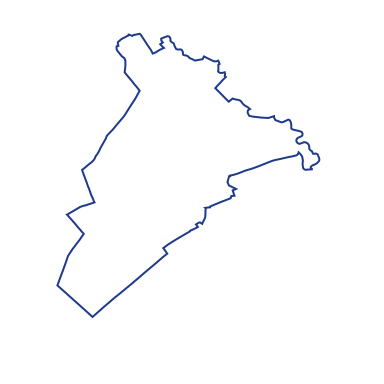 Uliesti, Dâmbovita, Romania (Robinson projection), rotated 14°
{"feature_id": "2599482B47598366841918", "entity_name": "Uliesti", "entity_type": "district", "adm_level": 2, "iso_a3": "ROU", "parent_name": "Romania", "parent_adm1": "Dâmbovita", "projection": "robinson", "projection_center": [25.414, 44.587], "detail": "fine", "context": "isolated", "style": "outline", "palette": "blue", "viewbox_px": 384, "rotation_deg": 14, "n_neighbors": 0, "source": "geoboundaries", "source_scale": "gbopen_adm2", "svg_char_len": 5640}
<svg xmlns="http://www.w3.org/2000/svg" viewBox="0 0 384 384"><g transform="rotate(14 192 192)"><path d="M303.6,140.8L302.8,140.7L302.0,140.4L301.6,140.1L301.2,139.4L301.2,138.8L301.7,138.0L302.6,136.9L304.7,135.4L305.6,134.6L306.4,133.7L306.6,133.3L307.5,131.7L307.8,130.9L307.7,129.8L307.4,128.8L306.8,127.9L306.0,126.8L305.2,125.6L304.6,125.1L303.5,124.7L302.6,124.8L301.4,125.4L300.3,125.6L298.8,123.9L298.7,123.6L297.1,123.0L295.5,121.9L295.1,121.1L294.9,119.9L294.1,118.3L292.6,117.0L290.8,116.4L288.7,116.5L286.8,117.9L284.7,119.3L283.4,119.2L282.2,118.7L281.0,117.5L280.7,116.3L280.8,115.5L281.0,114.8L281.8,113.7L284.8,111.4L285.4,110.3L285.1,108.5L283.7,107.1L280.7,106.9L277.3,107.0L274.2,107.0L272.9,106.2L272.1,102.8L271.0,100.4L269.5,98.7L267.9,98.5L266.4,99.7L263.6,102.0L262.0,102.8L255.4,102.0L253.4,99.7L253.2,98.6L248.2,101.7L241.5,103.0L232.2,104.2L229.1,104.2L227.4,102.4L226.7,101.2L226.5,99.9L226.7,98.9L228.2,97.5L225.8,96.3L224.5,95.9L223.4,95.7L222.7,95.4L221.4,94.9L220.7,94.5L219.6,93.8L218.7,93.1L218.1,92.5L217.2,91.9L216.5,91.6L215.7,91.5L212.9,91.5L212.4,91.7L210.7,91.6L209.4,91.6L208.8,91.5L205.8,95.5L189.5,85.6L191.1,82.5L193.3,78.6L194.9,75.6L197.0,72.2L195.7,71.6L195.6,69.7L194.8,67.9L192.2,69.3L190.5,69.6L189.0,69.2L188.2,68.8L187.9,66.4L186.8,62.1L187.8,61.1L185.7,58.2L184.8,58.9L184.0,59.3L183.1,59.6L182.3,59.7L181.2,59.8L180.3,59.6L179.0,59.4L175.9,58.7L170.8,57.6L170.1,60.6L164.9,62.9L163.0,63.8L161.0,63.2L157.2,62.6L155.7,61.5L153.5,60.9L151.2,61.2L150.6,61.1L149.9,60.6L149.4,58.7L148.2,57.0L147.0,56.4L145.9,56.5L143.9,57.2L142.1,57.1L140.3,55.3L138.3,52.2L135.5,51.3L134.5,50.6L134.1,48.7L133.2,47.4L132.1,46.7L130.8,46.7L129.7,47.3L127.7,48.6L125.8,50.0L125.0,50.6L125.6,52.5L127.5,54.0L125.4,56.3L127.2,57.5L129.9,59.0L129.5,59.3L129.4,59.4L127.2,61.2L126.5,61.7L122.8,65.5L120.4,67.2L118.2,64.6L117.7,64.1L116.7,63.2L115.9,62.5L114.8,61.5L113.0,60.0L111.7,58.7L108.1,55.4L106.7,54.1L105.5,53.0L104.6,52.1L103.9,51.6L103.2,51.2L102.8,51.2L102.6,51.3L98.8,53.2L98.1,53.4L97.5,53.6L97.2,53.9L96.9,54.2L96.6,54.5L96.4,54.8L96.3,55.0L94.9,54.8L94.0,54.7L93.5,54.6L92.4,54.6L92.4,55.6L91.6,56.2L89.0,58.5L88.4,59.0L87.6,59.6L87.1,60.3L86.2,61.1L86.0,61.4L85.9,61.6L85.7,61.9L85.4,62.3L85.4,62.5L85.2,62.7L84.9,63.1L84.5,63.5L84.2,63.9L84.0,64.3L83.9,64.5L83.9,64.8L83.9,65.2L84.0,65.5L84.2,66.0L84.3,66.2L84.8,67.1L85.2,68.0L84.8,68.3L84.5,68.4L84.2,68.5L83.9,68.7L83.6,69.0L84.0,70.7L84.2,71.2L84.4,71.8L84.8,72.5L85.5,73.0L85.9,73.4L87.0,74.2L88.0,75.0L89.4,76.1L90.0,76.4L90.6,77.0L90.9,77.2L91.1,77.3L94.2,78.6L94.8,79.5L95.2,80.2L95.5,80.5L95.7,81.0L96.0,82.5L96.2,83.0L96.4,84.0L96.5,84.3L96.7,84.8L97.0,86.6L97.7,92.2L100.5,94.3L104.2,97.0L106.2,98.4L107.9,99.7L109.0,100.5L110.1,101.5L111.6,102.5L114.2,104.4L115.2,105.2L116.7,106.4L116.1,108.7L115.6,110.5L115.0,112.9L114.6,114.3L114.4,115.0L114.1,116.2L111.6,123.2L110.4,126.9L109.5,129.5L108.9,131.4L107.7,134.9L107.6,135.1L107.2,135.8L106.2,138.0L103.8,142.8L102.8,144.8L101.0,148.6L99.8,151.1L99.4,151.7L97.3,155.3L96.1,157.5L95.9,158.0L95.6,159.2L95.5,160.9L92.6,171.2L91.7,175.8L91.2,177.1L91.0,177.9L90.3,179.6L89.9,180.5L89.7,181.5L89.5,182.8L89.3,183.9L89.2,184.2L88.3,185.9L87.3,187.6L87.1,187.7L85.3,190.0L85.1,190.4L84.8,190.7L84.0,191.7L83.7,192.2L82.7,193.7L81.3,195.5L80.8,196.1L80.6,196.4L80.0,197.1L81.6,199.6L84.9,204.5L88.0,209.0L89.7,211.7L91.1,213.4L95.1,219.6L96.1,220.8L96.6,221.3L98.9,224.5L99.9,225.7L96.9,227.6L94.3,229.2L92.4,230.4L91.1,231.2L90.6,231.3L88.1,232.9L86.7,233.8L86.6,234.2L86.2,234.5L76.2,244.2L76.8,244.5L77.6,245.1L78.8,246.0L81.9,248.1L82.9,248.8L83.3,249.0L83.9,249.6L84.2,249.7L84.9,250.1L87.9,252.3L88.4,252.8L89.0,253.2L91.8,255.1L92.7,255.7L95.3,257.6L97.1,258.8L96.7,259.9L95.9,261.8L95.5,262.9L95.2,263.7L94.7,265.2L94.4,265.9L93.9,267.0L93.4,268.2L93.0,269.1L92.4,270.4L91.8,271.9L90.2,275.6L90.1,275.8L89.3,277.8L89.4,278.0L89.2,278.5L89.1,278.8L88.6,280.0L88.5,280.4L88.1,281.3L87.7,282.6L87.4,283.5L87.2,284.3L87.1,284.9L87.0,285.8L86.8,288.6L86.7,290.2L86.5,292.0L86.3,293.9L86.3,294.1L86.0,296.7L85.6,300.7L85.3,303.0L85.1,304.8L84.0,315.2L99.7,323.5L113.0,330.5L125.7,337.3L132.8,327.0L133.8,325.5L135.3,323.4L141.9,314.1L142.2,313.6L144.1,311.2L150.9,302.1L152.3,300.1L152.7,299.7L154.6,297.1L159.9,289.7L160.1,289.4L165.9,281.2L169.6,276.1L170.7,274.6L174.9,268.8L178.4,263.8L179.5,262.2L181.0,260.3L182.9,257.8L182.3,257.3L182.2,257.3L180.4,255.6L179.9,255.2L177.7,253.4L181.0,249.3L186.3,243.7L190.2,239.8L194.8,235.3L199.5,230.7L199.5,230.0L199.7,229.8L200.0,229.6L200.6,229.3L204.1,226.4L206.2,224.5L203.7,222.5L206.3,219.9L207.0,219.6L209.6,220.4L209.8,218.9L210.5,216.2L210.9,213.5L210.5,210.8L209.5,206.4L209.4,204.6L208.7,204.2L209.9,203.7L211.4,203.1L213.2,202.5L213.1,201.8L213.2,201.6L222.1,195.0L231.0,188.7L231.2,186.4L232.8,185.8L234.1,185.4L231.1,180.6L234.0,178.4L226.2,176.7L224.0,173.7L224.1,172.4L224.2,167.9L225.1,167.5L224.8,166.9L227.8,165.5L231.7,163.2L233.4,162.0L235.5,160.6L238.0,158.7L241.6,156.5L242.6,156.1L249.4,151.6L251.6,150.0L251.8,149.9L258.0,145.4L260.3,143.8L261.2,143.1L263.1,141.9L264.7,141.0L268.0,139.4L268.6,139.1L272.4,137.2L277.9,134.4L280.4,133.3L281.5,132.7L283.2,131.9L283.3,131.8L284.0,131.4L284.5,131.1L284.9,130.8L285.2,130.3L285.5,129.8L285.7,128.9L285.8,128.7L285.9,128.0L285.9,127.7L286.1,127.8L286.7,128.3L287.1,128.5L287.5,128.7L288.2,129.1L289.2,129.9L289.7,130.4L290.4,131.2L291.2,132.8L291.5,133.5L291.9,134.5L292.1,135.4L292.2,135.9L292.3,137.1L292.6,138.2L293.1,139.8L293.8,141.2L294.3,142.1L294.9,142.6L295.9,142.9L296.6,143.0L301.2,141.5L303.6,140.8Z" fill="none" stroke="#1e3a8a" stroke-width="2"/></g></svg>